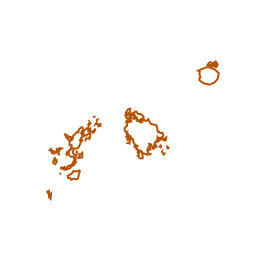 the district of Shortland Islands, Western, Solomon Islands, rotated 203°
{"feature_id": "97153195B13226737525008", "entity_name": "Shortland Islands", "entity_type": "district", "adm_level": 2, "iso_a3": "SLB", "parent_name": "Solomon Islands", "parent_adm1": "Western", "projection": "equal_earth", "projection_center": [155.884, -7.049], "detail": "fine", "context": "isolated", "style": "outline", "palette": "amber", "viewbox_px": 256, "rotation_deg": 203, "n_neighbors": 0, "source": "geoboundaries", "source_scale": "gbopen_adm2", "svg_char_len": 5962}
<svg xmlns="http://www.w3.org/2000/svg" viewBox="0 0 256 256"><g transform="rotate(203 128 128)"><path d="M131.0,126.8L130.6,125.2L128.9,123.7L127.3,124.4L127.5,122.7L126.6,121.8L125.9,122.3L125.6,120.5L125.0,121.4L122.3,121.4L122.1,120.3L118.8,119.6L117.7,117.1L115.1,115.5L114.9,113.7L114.2,113.1L113.6,113.6L113.9,115.3L112.3,115.2L112.8,114.3L112.3,112.0L110.6,112.1L109.2,108.4L108.8,111.3L108.3,111.9L108.0,112.0L108.2,108.3L107.5,107.3L108.3,106.1L104.8,104.8L102.7,105.8L102.8,106.7L105.3,110.6L106.0,110.9L106.3,111.6L104.3,110.7L99.5,110.9L99.8,112.8L101.4,114.9L100.8,115.9L101.7,116.1L101.7,118.1L100.7,119.3L102.3,121.5L100.6,122.0L96.4,118.6L95.9,119.7L97.4,123.2L97.5,125.2L97.2,126.4L96.1,126.6L96.7,127.1L96.3,128.2L97.3,131.3L95.7,130.5L94.5,131.5L93.7,131.1L93.4,133.3L93.1,132.1L92.6,133.7L93.0,135.7L94.6,137.1L96.1,136.1L99.0,136.1L102.8,141.6L108.9,140.7L112.7,144.1L113.8,141.7L118.6,141.1L117.8,139.9L118.3,140.0L117.9,138.4L118.8,138.4L118.9,140.2L119.4,139.1L119.8,140.3L120.4,138.8L122.3,138.1L123.4,138.7L123.9,140.0L126.8,140.6L125.9,139.2L125.9,138.9L129.2,138.2L130.8,136.1L130.3,134.7L128.0,136.0L127.5,135.3L130.8,133.0L129.8,129.8L131.0,126.8ZM183.5,97.4L180.8,95.0L176.5,93.2L175.5,89.7L173.4,90.3L172.8,89.8L172.9,87.8L172.1,85.7L173.4,84.9L172.6,80.6L170.2,79.4L168.6,79.4L167.2,80.5L165.0,78.0L165.1,73.4L165.9,71.3L168.3,69.7L168.7,67.6L170.1,66.6L171.1,67.3L172.1,65.6L173.4,66.0L174.1,65.3L173.8,64.6L169.4,65.0L165.6,68.4L165.7,69.5L163.0,73.1L163.3,74.8L162.4,76.1L164.3,76.8L163.6,78.0L165.0,80.8L164.9,83.1L167.1,82.6L168.7,83.4L169.6,84.5L169.5,86.4L170.7,87.8L166.9,89.2L165.8,91.0L165.9,96.8L167.5,97.8L166.8,99.5L167.4,100.8L164.6,104.6L163.2,104.8L163.0,106.2L161.1,108.1L161.2,110.1L162.3,112.3L163.1,108.7L164.1,112.4L165.0,112.8L165.4,111.3L166.0,111.4L167.6,107.8L166.6,104.9L167.7,105.0L167.8,103.8L169.1,105.1L169.1,107.3L168.4,108.2L170.1,110.8L171.2,110.5L172.7,107.3L171.9,104.7L173.2,104.7L175.7,98.5L174.8,97.1L175.2,94.5L176.2,93.9L176.3,97.2L178.1,97.1L178.8,96.1L180.2,97.4L181.8,96.9L183.2,98.0L183.5,97.4ZM85.9,208.1L84.0,207.8L83.2,205.3L81.1,203.1L81.7,201.4L80.8,199.8L76.1,198.7L69.8,199.8L66.2,203.6L64.7,208.2L65.9,214.0L71.3,215.9L75.8,215.5L76.4,216.5L80.1,214.0L85.9,208.1ZM164.9,60.2L163.5,58.6L161.9,59.4L160.1,58.1L158.5,60.0L155.0,60.8L154.4,61.7L155.5,69.4L156.1,69.9L158.6,67.7L161.4,67.1L161.8,64.3L164.9,60.2ZM128.2,144.3L127.7,142.5L126.7,142.4L126.0,141.2L124.0,141.2L122.4,138.3L117.9,141.9L118.1,144.6L121.7,145.8L123.9,144.9L126.9,146.4L127.8,145.9L128.2,144.3ZM79.4,217.1L76.3,218.3L72.8,221.6L72.2,221.4L72.8,219.5L71.2,220.9L71.0,218.6L70.5,218.7L70.3,221.6L73.3,223.5L75.4,220.3L77.6,220.8L78.8,220.2L79.4,217.1ZM133.7,141.2L134.1,137.6L133.0,136.3L130.9,137.5L128.6,142.8L129.2,143.6L130.0,143.3L131.2,141.6L131.0,140.1L131.4,139.9L131.8,140.9L132.4,140.7L132.3,141.7L133.7,141.2ZM135.9,141.8L135.4,139.2L132.6,143.0L133.4,146.7L135.3,145.2L135.9,141.8ZM183.7,72.5L183.7,67.5L182.4,66.3L180.9,66.3L180.4,69.0L181.2,70.6L182.7,69.4L183.7,72.5ZM162.5,84.6L161.7,83.5L162.3,81.1L161.9,80.8L158.6,83.2L160.4,87.3L161.7,84.6L162.5,84.6ZM178.1,38.2L174.7,35.7L173.6,33.4L171.7,32.5L173.1,37.4L173.8,35.5L174.1,36.9L174.9,36.8L176.2,39.1L176.8,38.0L178.1,38.2ZM185.6,77.5L185.0,76.6L182.4,79.3L182.5,81.1L181.0,83.3L183.1,82.8L184.1,81.1L185.3,80.8L184.6,79.1L185.6,77.5ZM92.5,131.1L89.6,130.6L88.4,131.8L89.1,134.2L90.3,132.2L92.5,131.1ZM157.1,119.7L155.9,118.0L154.2,119.2L154.8,120.9L157.1,119.7ZM165.6,118.2L165.8,115.3L165.0,114.9L164.4,117.8L165.6,118.2ZM123.3,119.3L123.0,118.2L121.5,116.8L120.8,119.2L122.7,120.0L123.3,119.3ZM174.7,81.8L174.3,79.5L173.9,79.3L173.5,82.2L174.0,82.7L174.7,81.8ZM124.8,118.9L124.4,117.8L123.9,117.0L123.3,118.1L123.7,119.6L124.8,118.9ZM94.9,130.9L94.0,129.9L92.7,130.8L93.2,131.3L93.7,130.9L94.5,131.4L94.9,130.9ZM91.7,123.3L90.4,122.9L90.3,124.2L91.2,124.7L91.7,123.3ZM84.7,126.2L83.9,124.7L82.9,125.2L83.7,126.1L84.7,126.2ZM85.9,118.6L84.9,117.5L84.3,118.8L85.9,118.6ZM132.2,133.5L131.9,132.0L131.1,135.0L132.2,133.5ZM189.5,76.5L188.7,75.9L188.5,77.6L189.1,77.7L189.5,76.5ZM160.5,105.3L159.5,104.3L160.0,102.9L159.3,103.0L159.2,104.8L160.5,105.3ZM158.9,110.5L158.4,110.0L157.7,111.3L158.4,111.6L158.9,110.5ZM95.2,123.2L95.2,121.4L94.4,121.6L95.2,123.2ZM190.9,78.3L191.3,77.0L190.2,77.3L190.9,78.3ZM166.1,99.3L165.9,97.8L165.2,98.0L165.2,99.0L166.1,99.3ZM158.3,112.6L157.6,112.8L157.5,113.7L158.0,113.9L158.3,112.6ZM166.0,86.1L165.7,84.6L165.4,85.9L166.0,86.1ZM121.9,114.3L120.6,114.3L120.9,115.5L121.1,115.4L121.9,114.3ZM96.5,123.7L96.7,122.8L96.0,123.2L96.5,123.7ZM126.2,119.2L125.7,119.1L125.5,119.7L126.0,120.0L126.2,119.2ZM97.8,112.7L97.4,112.2L97.0,112.4L97.2,113.0L97.8,112.7ZM125.3,120.0L124.6,120.0L124.7,120.7L124.8,120.9L125.3,120.0ZM72.6,218.5L71.2,218.5L71.1,218.8L71.6,218.9L72.6,218.5ZM159.7,108.1L160.0,107.1L159.9,107.1L159.7,108.1ZM75.8,217.2L75.7,216.4L75.3,216.8L75.8,217.2ZM73.9,218.8L74.3,218.1L73.6,218.3L73.9,218.8ZM87.6,119.2L87.3,118.5L87.5,119.5L87.6,119.2ZM187.1,76.0L187.3,75.3L186.8,75.3L187.1,76.0ZM181.8,77.5L181.7,76.7L181.3,76.6L181.3,77.1L181.8,77.5ZM162.7,101.7L162.4,100.9L162.2,102.0L162.7,101.7ZM163.9,124.5L163.8,124.0L163.6,124.7L163.9,124.5ZM94.8,128.5L94.8,127.9L94.5,128.3L94.8,128.5ZM117.1,142.3L117.0,141.7L116.8,142.2L117.1,142.3ZM100.5,119.2L100.5,118.6L100.1,118.8L100.5,119.2ZM159.8,123.3L159.6,122.9L159.5,123.6L159.8,123.3ZM99.1,117.3L99.2,116.8L98.9,117.1L99.1,117.3ZM159.3,119.0L159.0,119.5L159.2,119.8L159.3,119.7L159.3,119.0ZM124.6,140.7L124.0,140.5L123.9,140.6L124.1,140.9L124.6,140.7ZM159.9,110.5L159.5,110.4L159.5,110.7L159.9,110.5ZM166.9,119.5L167.0,118.9L166.7,119.7L166.9,119.5ZM122.8,114.5L122.7,113.9L122.5,114.0L122.8,114.5ZM123.2,139.2L123.3,138.9L122.9,138.5L123.2,139.2ZM97.4,137.4L97.7,137.1L97.7,136.7L97.4,137.4ZM158.2,119.9L158.1,119.6L157.9,119.7L158.2,119.9ZM172.9,59.4L173.1,59.2L172.8,59.3L172.9,59.4Z" fill="none" stroke="#b45309" stroke-width="2"/></g></svg>